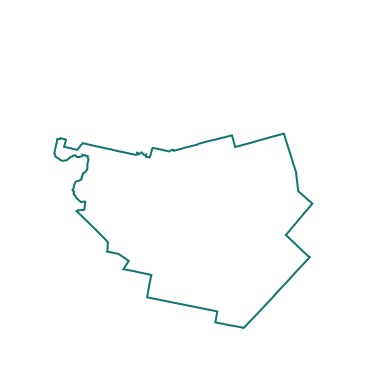 Toporu, Giurgiu, Romania (Albers equal-area conic projection), rotated 315°
{"feature_id": "2599482B93697882069712", "entity_name": "Toporu", "entity_type": "district", "adm_level": 2, "iso_a3": "ROU", "parent_name": "Romania", "parent_adm1": "Giurgiu", "projection": "albers", "projection_center": [25.652, 44.005], "detail": "fine", "context": "isolated", "style": "outline", "palette": "teal", "viewbox_px": 384, "rotation_deg": 315, "n_neighbors": 0, "source": "geoboundaries", "source_scale": "gbopen_adm2", "svg_char_len": 5677}
<svg xmlns="http://www.w3.org/2000/svg" viewBox="0 0 384 384"><g transform="rotate(315 192 192)"><path d="M203.8,322.3L209.2,322.0L218.9,321.7L224.6,321.5L227.1,321.4L229.3,321.3L229.3,320.7L228.8,319.4L228.8,319.2L228.7,316.3L228.6,314.9L228.5,309.8L228.3,299.9L228.0,288.8L238.5,287.9L248.6,287.0L268.9,285.3L268.4,278.0L268.3,276.1L268.2,274.0L268.1,272.0L267.9,269.9L267.7,267.2L267.7,266.8L267.8,266.6L267.9,266.4L268.1,266.0L268.3,265.7L269.0,264.9L273.4,259.3L274.5,257.9L274.8,257.5L275.4,256.8L276.6,255.2L279.0,252.3L279.2,252.1L279.7,251.7L279.8,251.5L280.0,251.2L280.3,250.1L280.5,249.6L281.1,248.5L281.8,247.2L282.4,246.2L283.6,243.4L284.5,241.9L285.0,241.2L285.7,239.7L286.7,237.7L287.1,237.0L287.2,236.7L287.7,235.9L290.7,230.2L291.5,228.5L291.6,228.3L292.0,227.5L292.8,226.1L294.3,223.2L294.6,222.3L294.8,222.0L295.1,221.6L295.6,220.6L296.6,218.8L297.9,216.5L298.2,215.7L297.4,215.2L294.8,213.7L292.8,212.5L291.1,211.6L289.8,210.8L289.3,210.5L288.4,210.0L287.4,209.4L286.8,209.1L285.7,208.4L285.0,208.1L283.7,207.4L282.6,206.7L282.1,206.4L280.8,205.7L279.2,204.8L276.7,203.4L275.3,202.6L273.8,201.8L272.0,200.8L267.8,198.5L266.8,197.9L262.0,195.1L260.6,194.3L260.0,194.0L259.7,193.8L259.3,193.6L255.1,191.1L254.3,190.8L257.8,184.7L260.3,180.2L254.7,176.9L253.3,176.1L252.8,175.7L249.9,174.0L246.2,171.8L241.2,168.7L238.3,166.9L235.5,165.3L230.2,162.3L229.8,162.4L229.4,162.4L225.4,159.9L221.1,157.4L217.5,155.1L215.5,154.2L213.9,153.3L212.6,152.5L211.3,151.7L209.1,150.5L208.1,149.8L208.6,148.9L208.1,148.5L207.7,148.1L207.5,147.9L207.2,147.9L205.5,147.3L205.2,147.3L204.8,147.1L204.6,147.1L204.0,146.6L203.8,146.2L203.7,145.9L203.6,145.6L203.4,145.3L203.3,145.0L203.1,144.8L202.9,144.6L202.7,144.4L202.4,143.8L201.8,143.0L200.7,141.1L199.7,139.6L199.2,138.8L198.6,137.8L197.3,135.9L196.0,133.9L195.5,133.2L195.3,133.1L195.1,133.0L194.8,133.0L193.2,134.0L188.0,137.0L187.8,137.1L187.3,137.3L187.0,137.5L186.9,137.6L186.7,137.8L186.6,138.2L186.6,138.3L186.3,137.6L186.2,137.3L186.1,137.1L186.0,136.9L185.8,136.6L184.6,134.7L184.4,134.4L186.1,133.1L184.6,132.3L184.2,131.6L184.2,131.0L184.4,130.7L184.4,128.4L181.4,127.8L181.7,127.4L181.0,125.4L179.2,126.6L178.7,126.2L178.4,125.8L178.2,125.6L178.0,125.2L176.5,122.9L174.5,119.9L173.8,118.8L173.3,117.9L170.1,113.0L169.4,112.0L165.8,106.3L165.6,105.9L165.2,105.0L164.8,104.3L164.6,104.1L164.2,103.8L163.7,102.9L161.7,99.9L158.9,95.4L156.6,91.9L154.5,88.6L150.4,82.0L149.8,81.1L149.3,80.2L148.5,80.5L146.2,80.2L143.5,80.9L141.6,81.0L140.6,80.9L133.5,69.6L139.8,66.0L139.6,65.1L138.1,62.7L136.9,60.9L136.7,60.8L136.5,61.1L136.4,61.2L136.1,61.1L134.4,59.6L134.0,59.3L133.8,59.4L133.1,60.2L130.1,62.1L129.9,62.2L129.6,62.4L122.9,66.7L122.0,67.3L121.9,67.4L121.8,67.7L121.9,68.3L121.7,68.7L121.6,68.9L121.5,69.1L121.3,69.3L121.0,69.5L120.8,69.8L120.6,70.2L120.6,70.5L120.6,70.8L120.6,71.2L120.6,71.4L120.8,72.1L121.0,72.8L121.3,74.0L121.5,74.9L121.5,76.2L121.6,76.5L121.7,76.9L122.0,77.5L122.7,78.5L123.2,79.0L123.5,79.3L123.9,79.6L124.5,79.9L125.2,80.4L125.8,80.9L126.1,81.0L126.4,81.0L127.1,81.1L127.3,81.1L128.2,81.1L129.3,81.3L129.9,81.3L130.2,81.3L130.4,81.4L130.7,81.4L131.3,81.6L131.8,81.8L132.4,82.2L132.7,82.3L133.2,82.3L133.6,82.3L134.1,82.3L134.3,82.5L134.8,83.0L135.1,83.4L135.2,83.6L135.3,84.0L135.4,84.3L135.4,85.3L135.3,85.5L135.4,85.9L135.5,86.1L135.9,86.4L136.4,86.9L136.8,87.3L137.1,87.6L137.6,87.8L138.2,88.1L138.8,88.5L139.1,88.7L139.7,88.9L139.9,89.0L140.8,89.0L141.0,88.9L141.1,88.5L142.3,90.3L142.2,90.4L142.2,90.7L142.3,91.2L142.4,91.3L142.6,91.4L142.9,91.9L143.0,92.0L143.1,92.3L143.5,93.0L143.4,93.0L142.9,93.5L142.6,93.9L142.4,94.1L142.3,94.4L142.2,95.3L141.3,96.0L140.6,96.5L139.5,97.2L139.0,97.6L138.2,98.1L137.1,98.7L136.6,99.5L136.4,99.9L136.0,100.2L134.5,101.4L133.8,101.9L133.3,102.2L132.7,102.2L131.3,102.2L131.0,102.4L130.0,102.4L129.7,102.4L129.1,102.0L128.8,101.9L128.4,101.7L128.1,101.8L127.8,101.9L127.3,102.3L127.1,102.5L126.2,102.7L126.0,102.9L125.3,103.4L125.0,103.5L124.6,103.4L124.2,103.6L124.0,103.9L123.8,104.3L123.4,104.6L122.9,104.9L122.3,104.7L122.0,104.6L121.5,104.5L121.0,104.4L120.7,104.5L119.7,103.9L118.4,103.0L117.9,102.8L117.3,102.7L116.4,102.7L115.6,102.9L115.1,103.1L114.5,103.4L113.1,104.2L111.9,104.9L110.5,105.8L110.1,105.9L109.3,105.9L108.9,106.2L108.8,106.7L108.8,107.4L108.9,108.2L108.7,108.6L108.3,108.9L107.6,109.1L107.0,109.4L106.7,110.1L106.6,111.6L106.7,112.1L106.7,112.8L106.5,113.3L106.1,114.1L106.1,115.9L106.1,116.6L106.3,119.7L106.4,120.5L106.8,120.9L107.4,121.4L108.3,121.9L108.6,122.2L109.4,123.1L109.6,123.3L109.2,123.8L103.2,128.4L98.0,124.0L96.9,123.9L97.2,143.6L97.2,161.1L97.2,165.0L97.0,166.8L97.0,167.9L96.1,168.9L91.6,172.8L90.5,173.8L90.1,173.9L89.8,174.0L96.2,183.7L96.3,184.0L98.3,194.7L98.5,196.1L90.6,197.7L88.9,198.2L94.6,206.3L97.6,211.1L104.6,221.9L98.8,225.7L93.5,229.3L85.8,234.7L88.2,238.4L92.3,244.4L93.6,246.6L95.5,249.3L97.3,252.0L98.7,254.2L99.6,255.6L101.5,258.4L102.5,259.8L104.1,262.3L107.8,267.7L109.3,270.2L110.9,272.4L111.9,273.9L113.5,276.3L117.4,282.2L119.5,285.4L120.0,286.2L120.9,287.5L122.0,289.1L122.5,289.9L124.1,292.3L125.4,294.4L122.6,296.3L122.1,296.7L119.4,298.5L116.3,300.7L116.9,301.6L118.3,303.7L120.5,306.9L121.3,308.2L123.5,311.5L124.1,312.4L124.6,313.2L125.4,314.3L126.4,315.5L126.5,315.6L126.6,315.8L126.9,316.4L127.6,317.3L130.1,321.1L130.5,321.7L131.2,322.6L131.9,323.7L131.9,323.8L131.8,324.1L132.0,324.3L133.3,324.7L134.9,324.7L136.4,324.6L144.0,324.4L147.2,324.4L151.3,324.3L154.4,324.2L157.4,324.1L160.2,324.0L166.4,323.8L167.7,323.8L171.7,323.6L173.6,323.6L178.5,323.3L180.7,323.2L182.4,323.1L190.6,322.8L196.0,322.7L203.8,322.3Z" fill="none" stroke="#0f766e" stroke-width="2"/></g></svg>